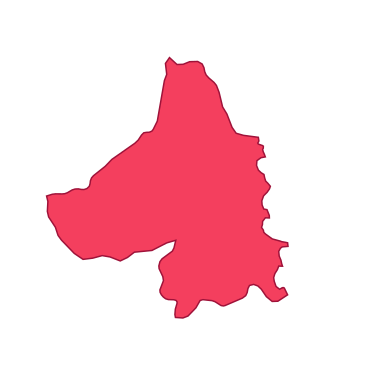 an SVG outline of Alpes-Maritimes, rotated 295°
{"feature_id": "FRA-5266", "entity_name": "Alpes-Maritimes", "entity_type": "Metropolitan department", "adm_level": 1, "iso_a3": "FRA", "parent_name": "France", "parent_adm1": "", "projection": "equal_earth", "projection_center": [7.102, 43.917], "detail": "fine", "context": "isolated", "style": "filled", "palette": "rose", "viewbox_px": 384, "rotation_deg": 295, "n_neighbors": 0, "source": "natural_earth", "source_scale": "10m", "svg_char_len": 2209}
<svg xmlns="http://www.w3.org/2000/svg" viewBox="0 0 384 384"><g transform="rotate(295 192 192)"><path d="M311.8,140.2L312.7,142.0L312.3,147.1L309.7,150.3L306.4,152.7L304.0,155.4L302.5,159.0L300.6,165.7L298.9,169.1L293.8,174.4L282.0,183.8L277.4,190.7L267.5,201.0L263.9,207.2L265.1,214.7L269.6,229.0L266.6,231.0L265.6,231.1L264.6,230.9L263.7,231.3L263.5,232.4L263.9,236.2L263.7,237.3L261.8,238.1L260.5,238.0L258.6,239.5L256.7,241.7L254.8,243.6L252.2,240.0L247.8,237.6L243.3,239.3L239.9,242.9L238.7,246.4L238.3,249.8L235.5,251.9L233.0,254.2L232.0,257.0L230.3,260.6L227.6,260.9L223.5,260.2L218.8,258.5L213.5,259.0L209.9,261.0L206.9,264.2L207.7,267.4L203.5,271.9L201.2,273.1L199.6,269.4L195.2,268.4L192.3,269.6L189.3,270.0L187.6,272.8L185.8,274.1L185.0,276.3L183.4,284.6L184.8,292.7L184.9,294.3L185.8,297.6L186.4,300.1L183.3,302.0L180.4,297.0L178.4,295.9L174.8,295.7L170.8,298.1L167.8,301.4L164.8,303.7L163.0,305.4L161.5,301.9L157.8,302.2L153.1,301.6L148.9,302.2L145.8,304.3L141.9,308.1L140.9,312.5L142.9,313.9L142.8,314.0L143.9,314.9L144.0,316.2L139.2,322.1L129.3,316.0L126.7,310.9L128.6,303.6L133.2,295.9L134.7,291.4L134.3,286.9L131.6,283.6L128.1,283.5L124.2,284.5L120.8,284.5L117.1,282.5L103.0,269.9L102.0,268.6L101.4,266.4L102.3,259.2L102.0,256.1L99.0,247.3L97.1,245.2L88.7,244.5L77.9,240.8L74.0,237.0L71.3,230.0L73.7,228.3L78.8,226.4L84.7,225.5L86.1,224.9L87.0,223.4L86.7,221.2L84.5,216.0L84.1,213.2L84.7,210.4L85.9,207.7L87.6,205.5L89.7,204.3L99.6,203.6L103.0,201.3L108.6,194.6L111.0,193.2L115.3,192.4L118.8,193.1L130.1,199.2L133.7,199.3L141.4,197.7L135.2,190.6L122.1,180.4L113.1,165.2L105.4,161.2L99.2,156.1L98.5,145.2L96.4,137.5L90.1,130.0L84.9,121.7L86.6,111.2L93.2,94.1L96.0,89.0L102.3,83.1L108.8,72.6L113.3,69.1L122.5,65.4L126.9,61.9L130.9,66.3L132.7,69.2L135.4,75.2L136.7,77.4L138.7,79.4L143.2,82.5L145.3,84.8L146.8,87.7L147.5,90.5L148.6,93.1L150.7,95.3L153.7,96.5L156.5,96.1L159.2,95.2L162.3,95.0L165.1,95.8L178.6,102.5L187.7,105.6L212.0,119.6L216.3,121.3L222.3,122.2L225.3,123.3L226.8,125.5L228.1,128.0L230.2,129.9L232.4,130.4L241.6,130.6L281.3,119.9L287.9,119.4L297.3,113.6L304.3,114.8L301.2,124.5L304.0,130.0L309.1,134.8L311.8,140.2Z" fill="#f43f5e" stroke="#9f1239" stroke-width="1.5"/></g></svg>